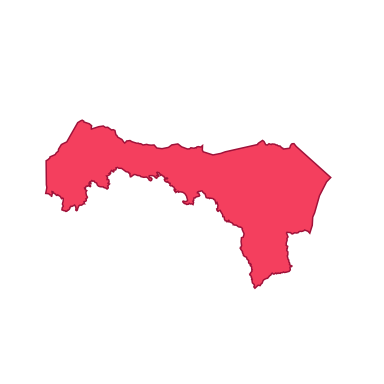 the district of Upper Denkyira West, Central, Ghana, rotated 150°
{"feature_id": "2480657B72362309510067", "entity_name": "Upper Denkyira West", "entity_type": "district", "adm_level": 2, "iso_a3": "GHA", "parent_name": "Ghana", "parent_adm1": "Central", "projection": "orthographic", "projection_center": [-1.984, 6.106], "detail": "fine", "context": "isolated", "style": "filled", "palette": "rose", "viewbox_px": 384, "rotation_deg": 150, "n_neighbors": 0, "source": "geoboundaries", "source_scale": "gbopen_adm2", "svg_char_len": 6078}
<svg xmlns="http://www.w3.org/2000/svg" viewBox="0 0 384 384"><g transform="rotate(150 192 192)"><path d="M64.6,135.2L79.0,179.4L79.5,182.9L81.1,183.7L81.9,183.7L83.6,182.9L85.2,181.3L86.1,181.3L91.5,183.6L91.4,184.5L92.2,185.5L92.7,187.7L94.3,188.9L94.8,190.2L95.7,190.7L96.4,192.0L98.7,193.6L99.7,193.5L101.2,195.3L103.2,195.0L104.5,196.1L104.4,199.7L105.1,201.4L109.8,201.1L111.0,200.8L111.4,200.3L143.2,210.2L147.7,211.0L155.3,213.6L162.2,221.2L162.1,223.1L159.7,226.9L161.9,226.5L163.9,228.2L165.4,228.6L166.3,228.1L167.0,228.7L168.3,228.8L170.9,230.9L172.5,230.6L174.4,231.5L178.4,236.3L180.2,240.7L186.0,242.9L190.1,242.4L196.3,244.5L200.5,247.7L201.3,251.7L203.8,252.9L206.1,254.5L207.4,255.9L210.9,257.2L212.2,259.4L213.7,260.4L214.1,261.2L215.4,261.8L218.8,265.5L220.0,267.6L223.2,268.9L224.7,268.2L225.8,268.1L226.2,269.6L226.4,272.4L228.9,276.7L228.8,278.6L229.3,279.6L228.0,283.8L229.0,285.3L230.7,286.0L232.6,290.2L234.7,291.2L235.8,293.5L240.1,295.2L247.6,296.8L247.0,298.1L245.8,299.6L246.8,302.4L250.6,306.7L250.3,307.5L251.2,309.1L253.0,309.3L256.3,309.2L275.4,298.0L280.7,298.4L281.6,298.3L286.2,295.8L287.4,294.2L289.9,293.8L291.8,292.8L297.4,293.4L298.3,292.5L300.7,292.0L302.7,292.0L314.5,271.1L315.5,268.4L319.4,263.9L317.0,262.2L316.5,260.6L315.6,259.8L316.1,258.0L313.3,261.0L313.3,262.0L313.0,262.4L312.2,261.4L312.3,260.0L311.3,258.5L311.1,256.9L310.5,256.5L309.8,256.8L308.3,254.0L308.3,251.5L307.3,251.6L306.7,250.8L308.1,248.5L310.3,246.4L310.5,244.1L312.2,243.3L313.6,241.6L312.2,239.8L311.2,239.1L311.0,238.3L310.0,237.9L308.9,238.4L308.2,238.1L306.9,238.4L306.0,238.9L305.5,239.7L304.5,239.8L304.1,240.2L302.9,239.5L300.2,239.4L300.1,237.4L300.7,235.7L301.7,234.5L301.4,233.6L300.8,233.5L300.2,233.8L299.2,234.9L296.9,236.6L295.8,236.7L294.1,235.8L292.0,236.1L291.2,235.7L291.4,236.2L290.6,236.7L290.3,237.6L289.1,237.2L287.9,237.3L287.3,238.4L287.4,239.1L285.7,239.3L285.1,239.8L285.2,241.6L284.3,244.4L283.5,245.3L282.4,245.8L283.2,247.4L283.1,249.2L282.4,249.2L282.3,248.6L281.1,249.8L280.0,249.7L279.5,249.2L278.5,249.5L277.9,248.1L277.4,247.5L277.0,247.6L276.7,248.3L277.0,250.1L276.8,251.1L276.4,251.3L276.2,250.6L275.6,250.9L275.3,249.9L275.1,250.1L275.0,251.8L274.4,251.6L273.0,252.0L272.5,250.9L271.4,250.6L271.2,248.8L270.1,247.5L270.5,245.6L270.1,243.9L268.9,242.5L266.2,240.7L266.1,239.9L264.4,238.2L264.4,237.5L263.9,237.0L262.7,237.3L262.1,238.1L262.1,239.4L259.4,240.2L260.3,241.6L258.9,242.0L258.3,243.2L258.0,244.4L258.7,245.1L259.3,245.2L259.2,245.6L258.0,246.6L258.0,248.6L256.9,248.2L254.6,248.2L253.4,248.8L254.2,249.5L252.6,249.8L251.0,251.0L250.5,250.5L250.3,249.0L249.9,248.6L249.4,248.8L248.7,250.1L247.1,249.3L246.0,250.0L245.8,250.9L244.3,250.6L243.6,249.3L241.1,247.6L239.0,242.6L237.3,241.1L237.2,239.9L236.6,239.5L236.5,239.0L237.1,238.2L237.8,236.0L237.4,235.7L233.4,236.1L232.0,235.1L231.1,233.7L228.9,232.1L228.7,231.0L226.4,228.8L224.1,227.8L223.4,226.7L223.0,224.8L223.2,224.1L222.4,222.5L221.4,222.3L220.1,223.3L220.4,224.9L221.3,225.5L221.4,225.9L221.4,226.9L220.8,227.5L217.9,225.9L216.7,224.3L216.6,222.8L215.7,221.6L214.8,222.2L212.7,222.4L212.9,223.4L214.0,223.9L212.9,224.2L212.7,226.5L212.2,226.5L210.9,225.1L210.9,224.4L211.3,224.0L210.4,223.2L211.0,222.2L209.7,222.0L209.4,220.7L208.5,219.5L208.8,218.1L208.5,217.5L206.6,216.7L206.3,216.1L207.1,215.8L207.9,216.4L209.7,216.6L210.0,215.2L209.3,213.6L208.1,213.3L208.4,212.8L207.6,212.3L207.4,211.0L206.6,210.4L207.8,208.9L207.2,207.8L206.1,207.5L206.0,206.5L205.2,205.1L205.5,203.8L205.0,202.5L205.4,202.5L205.7,203.2L206.3,203.0L206.6,202.2L206.3,201.5L206.6,201.0L206.2,200.1L205.6,200.4L205.4,200.0L205.7,199.7L203.7,199.6L203.7,198.5L202.4,198.3L200.1,196.4L199.0,194.2L198.8,191.4L199.9,187.1L201.2,186.6L202.7,187.1L203.9,188.4L204.6,188.5L204.9,188.0L204.4,185.9L203.1,184.6L203.0,184.0L201.3,183.2L200.1,183.6L199.5,182.5L198.1,181.9L197.4,180.6L195.9,182.1L195.8,183.6L195.2,183.5L194.6,184.0L194.3,184.8L193.1,185.9L192.3,185.3L190.8,185.7L188.0,184.8L187.1,185.1L186.8,187.5L187.8,188.6L187.3,189.1L186.1,189.2L184.7,188.5L183.5,188.4L182.7,187.7L182.7,186.3L182.2,185.7L182.3,184.6L181.6,183.9L182.5,180.1L181.4,178.9L180.4,178.6L180.2,177.6L179.3,177.6L177.2,175.9L176.7,175.0L176.9,174.7L176.2,173.6L177.1,169.8L176.5,169.8L176.2,170.8L175.5,170.6L176.3,167.2L177.3,166.2L177.7,165.1L179.1,165.0L179.5,163.5L179.3,162.7L178.9,162.9L178.8,162.2L177.6,162.4L176.7,161.9L176.9,161.0L176.8,157.0L177.7,155.3L176.6,154.2L177.5,152.4L177.6,150.5L176.8,150.0L176.6,148.7L174.3,149.1L174.2,148.8L175.2,148.2L175.2,147.9L174.3,147.3L172.8,145.3L172.4,143.9L172.7,143.0L172.0,142.7L171.7,142.1L170.1,141.0L169.2,138.7L167.8,137.4L167.4,137.4L166.6,135.3L167.3,134.5L167.8,129.7L170.2,127.3L172.0,127.7L174.3,124.5L175.9,120.7L176.8,119.9L177.7,119.9L178.3,119.2L177.9,118.9L178.4,118.2L178.1,115.0L178.6,114.4L178.8,112.0L179.2,111.3L178.6,109.8L177.4,108.2L177.9,106.4L177.2,104.2L178.1,103.0L178.3,101.7L177.2,100.8L177.1,99.7L177.5,99.4L178.1,99.7L178.3,98.8L177.7,97.7L178.8,95.4L178.7,94.7L179.3,94.5L179.6,93.5L182.0,92.5L182.4,91.9L183.1,92.0L183.3,91.0L182.8,89.2L183.4,88.2L183.2,87.3L184.1,86.4L183.7,85.8L184.3,85.3L185.1,83.1L184.4,80.6L185.1,79.4L185.9,78.9L185.6,77.2L181.4,78.2L179.8,76.9L178.1,77.8L176.8,78.0L174.8,79.7L173.5,80.1L171.2,80.0L169.6,79.5L166.5,80.7L165.5,80.6L163.7,81.6L163.1,81.6L162.7,80.5L162.1,79.9L160.0,79.9L159.7,79.0L159.0,79.1L158.3,78.5L157.9,78.7L156.2,77.4L155.6,77.7L153.9,76.9L152.8,77.0L152.2,76.1L151.0,75.6L147.6,74.7L145.8,75.4L144.8,77.9L143.8,78.1L143.1,77.6L142.5,77.9L143.9,80.3L143.0,81.5L143.0,83.2L142.2,84.8L142.5,85.5L141.4,89.1L140.5,89.6L138.9,92.2L139.2,94.0L138.6,94.8L137.9,95.2L138.0,95.7L137.3,96.0L136.3,97.1L137.1,98.6L135.8,100.8L133.7,102.7L133.0,104.3L131.3,105.1L130.7,109.2L129.9,109.6L126.9,107.5L126.7,106.2L125.8,105.4L123.6,105.4L121.8,104.1L120.3,103.7L119.3,104.1L117.8,103.8L116.8,103.0L114.5,102.5L113.5,102.8L111.2,100.0L110.6,97.4L104.5,103.0L100.0,109.9L96.3,112.6L83.4,125.1L70.4,133.5L64.6,135.2Z" fill="#f43f5e" stroke="#9f1239" stroke-width="1.5"/></g></svg>